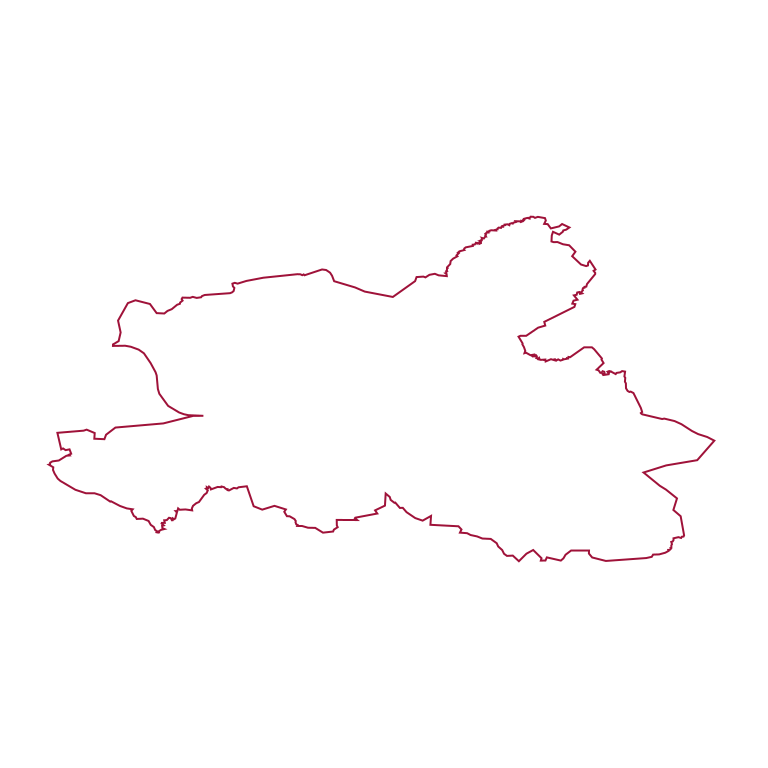 the district of Vaiņodes pag., Vainodes, Latvia, rotated 182°
{"feature_id": "27541924B43996006611053", "entity_name": "Vaiņodes pag.", "entity_type": "district", "adm_level": 2, "iso_a3": "LVA", "parent_name": "Latvia", "parent_adm1": "Vainodes", "projection": "robinson", "projection_center": [21.832, 56.407], "detail": "fine", "context": "isolated", "style": "outline", "palette": "rose", "viewbox_px": 768, "rotation_deg": 182, "n_neighbors": 0, "source": "geoboundaries", "source_scale": "gbopen_adm2", "svg_char_len": 6136}
<svg xmlns="http://www.w3.org/2000/svg" viewBox="0 0 768 768"><g transform="rotate(182 384 384)"><path d="M228.9,555.4L236.1,556.4L238.9,555.3L240.6,556.3L243.3,556.3L243.6,555.5L244.8,555.2L244.6,554.5L246.5,555.0L250.1,553.9L250.7,552.9L249.8,552.6L250.7,551.6L252.0,551.8L251.7,551.2L253.0,550.6L253.8,551.3L258.3,551.3L257.8,550.5L260.4,549.7L260.9,548.8L262.0,549.2L264.1,548.4L264.3,547.1L266.1,547.9L268.9,547.5L268.7,546.9L271.2,546.0L270.8,545.3L272.1,545.2L272.5,544.1L274.9,544.3L276.0,543.3L275.9,542.5L278.1,541.9L277.7,541.3L282.2,541.4L284.0,540.8L284.0,540.1L285.8,539.9L285.2,539.0L286.7,538.8L288.0,537.6L287.3,536.7L287.9,536.0L287.2,534.9L288.0,534.8L289.3,532.9L291.0,533.3L290.6,532.8L291.5,532.1L291.3,531.3L293.3,530.4L292.2,530.0L292.8,529.4L292.1,529.2L292.0,528.2L293.6,527.4L293.8,528.0L296.7,528.3L296.5,527.7L297.3,527.9L298.1,526.6L300.2,526.3L300.0,525.1L307.1,523.4L308.5,522.2L308.8,521.1L308.4,520.7L313.3,519.2L314.7,517.8L313.8,517.4L316.0,515.1L315.1,514.2L319.3,511.7L321.7,509.2L322.0,506.2L324.7,503.2L324.5,502.3L325.1,502.3L325.1,499.8L325.7,499.1L325.1,498.8L325.7,498.3L325.6,497.0L326.4,496.8L325.3,496.0L325.0,494.0L333.2,494.5L337.0,495.9L342.4,494.7L346.3,492.0L348.4,492.7L355.2,492.0L356.5,487.9L378.2,471.3L406.5,475.7L416.3,479.5L437.4,485.0L439.7,490.4L441.8,493.4L445.8,495.9L449.9,496.3L467.2,489.9L468.1,490.7L469.5,489.9L471.3,490.7L474.5,490.7L508.3,486.0L525.1,482.2L533.8,479.2L536.7,479.9L539.0,479.0L538.4,476.3L536.9,474.8L537.5,471.7L539.0,470.3L541.0,469.4L566.3,466.7L569.0,465.5L569.8,464.3L574.2,463.5L578.2,464.4L580.7,463.4L588.4,463.3L589.2,461.8L588.2,460.3L590.6,458.3L590.8,457.0L593.5,456.0L598.7,451.4L602.9,449.5L606.0,446.8L613.7,446.9L620.7,455.8L635.3,459.0L642.8,455.9L652.0,438.1L649.0,426.3L650.7,417.6L656.2,414.1L656.2,412.6L644.0,413.2L638.4,412.4L630.4,409.8L625.0,406.3L618.0,396.8L612.7,387.8L611.5,384.6L609.8,371.1L608.2,366.4L599.0,354.6L587.8,348.4L582.9,346.8L578.4,346.0L563.4,345.9L573.5,345.5L603.2,336.9L650.9,331.1L660.0,323.6L661.5,319.1L671.6,319.2L671.4,324.9L679.6,328.0L682.5,326.9L708.7,323.8L704.3,307.4L702.5,308.4L699.9,306.8L696.0,307.7L694.2,303.4L696.4,302.3L695.7,301.6L698.9,301.2L706.3,296.2L712.7,295.1L714.9,293.7L714.9,292.1L716.1,291.7L711.6,289.2L711.8,286.6L710.1,283.0L706.8,278.1L704.0,275.8L688.7,267.5L678.1,264.4L669.5,264.7L663.3,263.0L653.5,256.9L652.8,257.3L643.6,252.9L636.7,250.7L630.8,250.0L632.1,248.4L629.4,243.4L627.4,242.3L626.4,240.5L620.2,241.0L614.5,238.9L612.2,235.1L609.0,233.0L607.6,230.1L605.8,229.0L606.2,227.9L604.4,227.6L603.7,227.8L604.0,228.9L601.6,230.5L598.4,231.4L600.4,232.2L600.8,234.5L599.2,235.0L601.4,236.8L601.2,237.4L598.2,237.6L598.9,240.1L596.3,240.4L594.2,242.8L592.4,242.5L591.2,240.4L590.4,240.5L590.3,242.3L589.0,241.6L587.9,242.3L586.5,248.3L587.8,249.7L586.1,249.8L585.4,252.5L583.8,251.2L578.0,251.7L571.3,251.0L571.7,252.9L570.6,255.6L567.5,258.3L564.8,259.6L559.8,267.0L557.5,268.8L556.4,271.5L558.3,273.2L557.2,273.6L557.4,274.7L556.0,273.9L555.3,275.4L553.8,274.2L553.3,272.6L546.7,275.3L543.2,275.2L542.9,275.9L540.2,275.3L538.6,273.8L536.6,273.4L536.7,272.5L535.2,272.2L530.5,274.9L527.3,274.5L525.8,275.7L517.5,277.0L510.0,257.3L501.3,254.2L489.2,258.4L477.7,255.2L479.2,252.8L476.4,248.5L473.7,248.5L468.8,245.9L467.4,244.0L467.6,242.7L466.8,240.7L465.4,240.1L465.8,239.1L460.8,239.2L454.9,237.7L447.7,237.8L439.8,233.3L429.7,234.8L429.0,236.7L425.3,239.3L426.2,241.0L426.5,246.5L406.1,247.1L408.4,248.8L408.0,249.4L386.2,254.3L388.5,257.4L378.8,262.5L378.5,274.6L374.3,271.3L373.3,268.4L369.4,265.6L368.6,265.9L363.8,260.7L360.9,260.9L357.0,256.7L348.1,251.1L340.6,248.8L332.4,253.8L332.7,244.9L304.6,244.4L301.5,241.3L302.9,238.1L295.7,237.8L292.2,236.1L285.6,234.9L280.3,233.0L271.9,232.9L265.8,228.8L264.2,225.6L260.1,222.2L258.1,218.5L255.1,216.5L249.3,217.0L243.0,211.6L235.7,219.4L229.1,223.3L220.5,215.4L221.1,213.0L216.5,213.2L215.2,216.4L201.1,213.7L198.6,216.0L196.6,219.7L191.2,224.1L173.3,224.7L173.3,221.7L169.9,217.9L156.1,214.9L115.9,219.2L110.4,220.6L109.1,222.9L103.1,223.3L97.0,225.2L93.8,227.1L94.1,228.1L92.6,228.2L91.6,229.3L91.9,230.1L91.1,230.3L91.2,232.7L90.6,234.0L91.4,236.2L90.0,236.7L89.2,238.1L89.3,239.9L84.4,241.2L81.7,240.5L80.9,241.8L79.3,242.0L78.8,243.2L82.9,262.2L90.4,268.2L87.2,279.9L98.5,288.3L104.8,291.9L121.5,304.6L99.1,312.5L68.3,318.8L51.9,338.9L59.1,342.3L68.3,344.9L74.6,347.8L85.3,354.2L92.3,357.1L102.7,359.2L104.8,358.7L124.8,362.7L126.0,363.5L126.3,363.9L125.0,365.0L126.5,369.1L134.4,383.7L137.2,385.0L138.5,384.6L140.3,385.6L142.0,388.2L142.3,393.1L143.3,394.7L143.1,398.6L144.0,399.9L143.5,404.8L146.5,405.2L148.3,403.9L152.0,403.2L152.8,402.0L157.5,404.3L159.0,404.0L158.4,404.6L159.4,404.8L161.0,404.1L159.6,402.6L159.8,401.6L165.2,400.6L165.9,401.6L163.8,402.0L164.3,403.9L166.0,404.4L166.8,403.1L168.2,402.7L170.0,405.1L172.0,405.7L165.3,412.6L167.5,416.0L167.1,417.1L175.2,426.1L177.5,427.9L185.3,427.6L198.9,417.3L200.6,417.5L200.8,416.0L202.1,416.2L202.1,415.6L205.2,414.9L205.9,415.3L206.2,414.4L208.5,413.6L210.8,414.7L212.4,413.6L213.9,414.7L214.4,414.6L214.0,413.6L218.0,414.6L223.2,412.2L223.3,413.3L224.6,413.5L224.3,414.0L228.1,413.6L230.2,414.0L229.5,414.6L229.9,415.5L230.4,414.9L232.7,415.3L232.2,417.0L233.2,418.2L234.1,418.1L233.9,416.3L234.4,417.1L236.3,416.7L237.1,417.3L236.2,418.4L238.6,417.9L243.1,420.2L244.7,419.7L244.0,422.1L245.4,425.7L247.1,428.5L246.9,429.4L251.2,436.0L249.4,436.9L243.6,437.1L231.9,445.7L224.9,448.0L226.0,451.7L196.4,467.7L195.6,470.5L198.6,470.9L197.5,473.9L193.6,475.0L197.3,479.2L194.6,479.9L194.1,482.2L192.1,482.7L191.3,480.9L189.1,481.5L190.5,482.5L188.5,484.5L188.9,485.4L188.5,486.7L186.9,487.3L187.0,488.1L185.2,488.4L184.6,491.0L176.8,501.2L176.8,502.4L178.5,504.4L176.6,505.8L182.6,514.3L184.2,512.3L184.3,509.6L186.1,508.9L191.3,510.3L200.4,518.3L197.3,522.9L203.8,529.1L210.0,529.9L215.5,531.9L219.5,531.7L221.6,532.3L221.5,538.3L220.4,542.0L214.1,539.4L210.6,542.4L210.2,543.7L207.3,544.6L204.2,546.9L211.6,550.1L214.5,547.6L222.7,545.3L226.0,549.5L229.5,549.6L228.0,553.0L228.9,555.4Z" fill="none" stroke="#9f1239" stroke-width="2"/></g></svg>